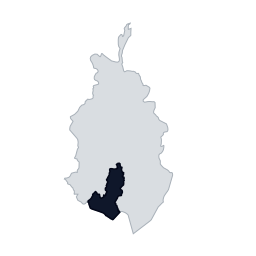 Farah highlighted on a map of Afghanistan, rotated 304°
{"feature_id": "AFG-1749", "entity_name": "Farah", "entity_type": "Province", "adm_level": 1, "iso_a3": "AFG", "parent_name": "Afghanistan", "parent_adm1": "", "projection": "albers", "projection_center": [62.843, 32.453], "detail": "fine", "context": "in_parent", "style": "filled", "palette": "ink", "viewbox_px": 256, "rotation_deg": 304, "n_neighbors": 0, "source": "natural_earth", "source_scale": "10m", "svg_char_len": 7718}
<svg xmlns="http://www.w3.org/2000/svg" viewBox="0 0 256 256"><g transform="rotate(304 128 128)"><path d="M113.9,77.0L118.2,76.4L121.1,76.9L122.7,78.3L124.3,78.7L125.7,77.9L126.6,77.7L127.0,78.1L127.7,78.3L128.9,78.2L129.5,78.6L129.7,79.5L130.6,80.6L132.2,81.9L133.5,82.2L135.3,81.0L135.9,81.1L136.1,80.7L136.3,79.9L137.3,79.1L139.2,78.3L140.3,77.7L140.6,77.1L141.3,76.9L142.0,77.1L142.5,76.8L142.8,76.1L143.5,75.8L144.1,75.9L146.9,78.3L148.0,79.0L148.5,78.8L149.7,77.4L149.8,76.1L149.4,74.5L149.5,73.1L150.4,72.1L151.9,71.3L154.3,71.0L155.7,71.0L156.3,71.5L157.0,71.7L158.0,71.7L158.8,71.1L159.4,69.8L159.4,68.2L158.6,66.5L158.7,65.9L159.8,64.9L161.0,63.4L162.1,61.6L163.1,59.3L164.4,57.9L166.1,57.3L168.2,57.7L170.8,59.2L171.9,61.2L171.5,63.7L171.5,65.0L172.1,65.2L174.8,64.5L175.2,64.8L175.2,65.5L174.9,66.6L174.7,69.6L174.4,76.8L175.9,81.0L176.8,82.6L177.7,83.1L178.6,83.2L179.4,83.0L181.0,81.8L183.4,79.5L185.8,78.1L189.4,77.0L190.4,74.8L191.9,73.2L195.5,70.7L197.5,69.6L198.7,69.4L201.7,69.9L201.9,70.5L201.8,71.2L201.0,71.9L200.8,72.4L201.2,72.7L202.3,72.7L207.2,70.7L208.2,69.3L209.3,69.1L211.5,69.4L213.1,69.1L214.0,69.5L216.2,71.2L215.5,71.4L214.6,71.1L214.1,70.5L212.1,71.6L210.0,73.0L210.1,73.3L212.3,74.8L208.3,77.2L206.5,78.5L206.0,78.5L203.1,77.8L195.2,78.9L189.2,80.1L187.0,81.3L184.8,81.9L183.7,82.6L183.1,83.6L179.9,86.2L179.4,87.0L177.5,87.1L175.8,89.4L173.1,92.3L172.6,93.5L173.1,94.1L174.7,94.9L175.4,95.8L176.7,98.2L177.3,99.9L178.0,100.6L178.5,102.7L178.0,104.0L178.0,104.6L179.1,106.1L178.9,106.6L178.2,107.4L177.3,109.6L175.4,111.2L174.6,112.6L173.4,114.2L172.9,115.5L172.3,116.3L171.7,116.7L171.9,117.3L172.5,118.1L173.5,119.0L173.7,122.8L173.3,123.9L170.8,125.1L168.4,125.7L165.4,126.0L164.3,125.9L160.0,124.8L158.7,125.6L158.6,127.3L161.1,129.8L162.2,131.3L163.5,133.7L164.4,134.9L164.2,136.2L160.0,139.2L157.3,139.6L155.6,140.2L154.8,140.9L154.3,143.8L153.8,144.9L153.9,146.1L153.4,147.6L152.5,148.5L152.0,150.0L152.9,157.6L150.6,160.7L149.2,161.9L147.9,162.5L146.8,162.4L145.2,160.7L144.2,160.1L143.2,160.3L142.3,161.0L140.7,160.8L139.3,160.3L138.6,160.4L138.2,161.0L136.8,162.4L133.3,164.5L131.9,164.8L131.2,165.3L131.5,166.1L132.2,166.7L133.4,167.1L133.4,167.7L131.6,168.7L129.8,169.5L127.7,169.8L125.4,169.5L124.2,168.7L122.9,168.7L121.7,169.4L120.4,170.5L118.8,173.2L116.2,174.9L115.6,176.6L114.9,179.6L115.3,184.0L115.1,185.9L114.5,187.2L114.7,188.2L115.6,189.3L115.3,190.1L114.5,190.9L113.8,191.4L99.6,196.0L97.3,196.1L96.1,196.0L92.0,196.0L90.3,196.4L88.6,197.0L87.4,197.7L86.4,198.7L84.7,198.2L79.4,197.2L64.9,198.6L63.5,198.3L43.3,191.5L55.9,176.8L56.2,175.6L56.3,173.2L55.6,169.9L54.3,168.4L43.5,166.6L43.1,164.0L43.3,162.9L43.1,160.7L43.2,159.1L43.7,156.3L43.8,155.1L40.6,142.7L40.6,141.5L42.7,138.7L45.3,136.0L45.1,135.4L43.9,135.1L41.9,135.0L40.9,134.6L40.1,133.8L39.8,132.7L40.4,130.7L40.0,126.9L42.0,123.7L45.1,123.5L43.6,121.1L43.3,120.9L43.1,120.5L43.3,120.1L44.1,119.9L46.0,118.5L46.1,117.6L47.7,115.4L47.6,114.4L48.6,111.8L48.1,110.0L48.0,109.1L49.1,108.5L49.9,106.0L50.3,105.4L50.3,104.8L50.1,103.8L51.1,103.7L52.1,105.0L53.6,106.3L54.5,106.7L55.8,106.9L58.5,106.5L59.1,106.6L61.9,109.0L62.4,109.6L62.6,110.5L63.1,110.8L64.0,109.9L65.0,109.6L66.8,109.8L67.8,109.5L72.4,106.6L72.7,104.8L73.2,103.7L73.8,103.1L73.0,100.9L73.3,100.5L73.9,100.3L75.4,100.3L82.3,97.9L84.1,97.9L84.5,97.7L84.7,97.1L85.1,96.4L88.4,94.6L90.3,92.8L90.9,91.5L93.8,80.8L95.4,79.8L97.1,79.1L102.8,78.7L103.7,75.4L104.2,74.6L105.2,73.9L109.4,76.1L113.9,77.0Z" fill="#d9dde1" stroke="#a8b0b8" stroke-width="1"/><path d="M53.6,168.3L43.9,166.8L43.5,166.6L43.3,165.1L43.2,164.4L43.1,164.0L43.3,162.9L43.2,161.5L43.2,160.8L43.3,159.8L43.3,159.5L43.1,159.2L43.2,158.7L43.0,158.4L43.1,158.2L43.5,157.8L43.5,157.5L43.7,156.3L43.8,155.1L42.9,151.3L40.8,143.7L40.6,142.7L40.6,141.5L40.7,141.3L43.2,138.0L43.6,137.7L44.0,137.5L44.1,137.3L44.2,137.0L44.2,136.7L44.2,136.2L44.4,136.1L45.0,136.1L45.3,135.8L46.0,135.9L46.7,136.3L48.4,136.7L49.3,136.8L51.1,136.6L51.3,136.6L51.5,136.6L51.9,136.8L52.0,136.8L52.4,136.6L52.5,136.5L52.7,136.4L52.8,136.1L53.0,136.0L53.3,135.9L53.9,135.9L54.5,136.1L54.7,136.3L54.9,136.3L55.3,136.3L56.2,136.4L57.1,136.6L57.2,136.8L57.2,137.0L56.9,137.4L56.9,137.5L56.8,138.4L56.7,138.6L56.4,138.9L56.3,139.1L56.2,139.1L56.1,139.3L55.9,139.5L55.9,139.8L56.4,140.3L57.0,141.3L56.9,141.6L56.5,141.9L56.4,142.0L56.2,142.3L55.7,142.7L55.6,142.8L55.4,143.2L55.2,143.3L55.0,143.5L54.9,143.5L54.8,143.8L54.7,144.3L54.7,144.9L54.7,145.1L54.8,145.3L55.0,145.4L55.1,145.5L55.9,145.5L56.0,145.6L56.3,146.0L56.8,146.4L57.0,146.6L57.4,146.5L57.8,145.9L58.5,145.5L58.7,145.4L58.9,145.4L59.0,145.5L59.0,145.9L59.0,146.1L59.1,146.3L59.1,146.5L59.2,146.8L59.3,146.9L59.4,147.1L59.5,147.1L59.9,147.1L60.2,147.0L60.6,146.6L60.9,146.5L61.2,146.4L62.3,146.3L62.8,146.2L63.1,146.2L63.3,146.3L63.5,146.2L63.4,145.9L63.8,145.1L63.8,144.8L63.8,144.6L63.8,144.4L63.9,144.1L64.0,143.9L64.6,143.5L64.9,143.2L65.5,143.0L65.6,142.9L65.8,142.9L65.9,143.0L66.3,143.1L66.6,143.2L67.2,143.0L67.7,142.9L67.9,142.8L68.1,142.6L68.2,142.4L68.3,142.1L68.9,142.1L69.1,142.0L69.3,142.0L70.4,141.6L70.7,141.6L70.7,141.8L70.8,141.9L71.9,141.5L72.3,141.2L72.4,140.8L72.4,140.5L72.7,139.9L72.8,139.6L72.9,139.4L73.0,139.3L73.3,139.2L73.5,139.0L73.9,139.2L74.4,139.2L74.5,139.2L75.5,138.9L78.1,138.7L78.8,138.6L79.3,138.4L79.7,138.0L80.0,137.8L80.4,137.7L80.9,137.5L81.8,137.4L82.0,137.4L82.2,137.2L82.4,136.9L82.6,136.6L82.8,136.4L83.0,136.2L83.6,136.0L83.9,135.9L84.4,136.2L84.6,136.4L85.3,137.5L85.7,138.5L85.8,138.6L85.8,138.8L85.8,139.1L85.8,139.3L85.8,139.5L86.1,139.7L86.3,139.7L86.4,139.8L86.5,140.0L86.8,140.2L86.9,140.4L87.2,141.1L87.3,141.3L87.7,141.3L87.7,141.2L87.8,141.3L88.1,141.6L88.7,141.9L88.8,141.9L88.9,141.7L89.0,141.7L89.5,141.6L89.6,141.4L89.3,141.1L89.4,140.9L89.8,140.8L90.0,140.7L90.3,140.5L90.4,140.4L90.5,140.2L90.9,139.8L91.1,139.0L91.3,138.8L91.5,138.8L91.8,138.9L91.8,139.0L92.0,139.2L92.1,139.3L92.3,139.4L92.5,139.4L92.9,139.4L93.1,139.4L93.2,139.5L93.3,139.9L93.7,140.2L93.9,140.4L93.9,140.5L93.5,140.9L93.4,141.0L93.4,141.3L93.4,141.5L93.6,141.6L92.5,142.5L92.4,142.7L92.3,142.8L92.2,143.0L91.9,143.2L91.8,143.4L91.7,143.5L91.8,143.7L91.8,143.8L91.8,144.0L91.6,144.2L91.5,144.5L91.4,144.6L91.5,144.7L91.8,144.8L91.9,145.0L90.1,145.8L89.8,145.9L89.7,145.9L89.6,146.0L89.3,146.4L89.1,146.6L88.9,146.9L88.9,147.0L88.8,147.3L88.7,147.4L88.2,147.8L88.0,148.0L87.9,148.3L87.8,148.5L88.1,148.6L88.4,148.8L88.3,149.1L88.4,149.4L88.2,149.5L87.4,150.0L87.0,150.2L86.9,150.3L86.2,150.3L85.3,150.5L85.2,150.5L85.0,150.4L84.9,150.3L84.6,150.5L84.5,150.9L84.6,151.2L84.6,151.3L84.8,151.5L84.9,151.9L84.9,152.1L84.8,152.3L84.6,152.3L84.4,152.5L84.2,152.6L84.1,152.9L83.9,153.0L83.8,152.9L83.7,152.8L82.7,153.6L82.5,153.8L82.5,154.0L82.4,154.1L82.2,154.2L81.8,154.1L81.7,154.1L81.1,154.2L81.0,154.3L80.3,155.0L80.1,155.1L79.9,155.3L78.9,155.8L78.6,156.0L78.3,156.1L75.9,155.5L74.6,155.4L74.0,155.2L73.8,155.3L73.7,155.3L73.3,155.7L73.2,155.9L73.1,156.0L73.0,156.4L72.9,156.6L72.9,157.7L72.9,157.9L72.8,158.1L72.7,158.2L72.6,158.4L72.4,158.6L72.2,158.8L71.7,159.2L71.5,159.3L70.8,159.5L70.1,159.5L68.8,159.9L68.4,160.2L68.1,160.0L66.6,158.3L66.4,158.1L66.2,158.1L65.8,158.0L65.6,158.0L65.4,158.0L63.9,158.4L58.6,158.7L58.5,158.9L58.5,159.0L58.6,159.4L58.6,159.8L58.6,160.0L58.4,160.2L57.6,160.6L57.4,160.8L57.3,161.0L57.4,161.5L57.5,161.8L57.4,162.0L57.2,162.4L56.8,162.8L56.6,163.0L56.2,163.4L55.6,164.5L55.2,165.0L54.9,165.2L54.6,165.1L54.4,165.2L54.4,165.3L54.4,165.6L54.4,165.8L54.5,165.9L54.6,166.1L54.5,166.3L54.3,166.6L54.2,166.6L53.9,166.5L53.7,166.4L53.7,166.6L53.7,166.9L53.8,167.0L54.0,167.1L53.9,167.4L53.9,167.6L53.9,167.8L53.6,168.3Z" fill="#0f172a" stroke="#020617" stroke-width="1.5"/></g></svg>